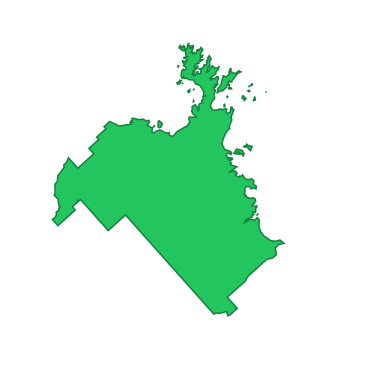 the district of West Arnhem, Northern Territory, Australia, rotated 48°
{"feature_id": "25037944B28082311396997", "entity_name": "West Arnhem", "entity_type": "district", "adm_level": 2, "iso_a3": "AUS", "parent_name": "Australia", "parent_adm1": "Northern Territory", "projection": "natural_earth1", "projection_center": [132.77, -12.357], "detail": "fine", "context": "isolated", "style": "filled", "palette": "green", "viewbox_px": 384, "rotation_deg": 48, "n_neighbors": 0, "source": "geoboundaries", "source_scale": "gbopen_adm2", "svg_char_len": 5969}
<svg xmlns="http://www.w3.org/2000/svg" viewBox="0 0 384 384"><g transform="rotate(48 192 192)"><path d="M291.8,157.9L286.6,158.7L284.3,163.2L280.5,166.1L272.6,168.0L267.1,167.4L263.0,165.8L257.5,160.5L254.6,160.6L255.2,164.8L253.3,165.0L250.8,168.2L250.0,173.3L248.6,170.4L250.9,164.4L249.9,163.2L250.0,161.4L249.4,162.1L247.8,160.6L247.9,159.2L249.1,159.5L249.5,158.2L246.6,155.2L246.4,153.4L245.6,153.2L244.2,155.5L242.3,156.5L241.8,154.9L242.6,153.3L241.5,152.7L241.5,150.9L239.7,149.7L237.3,150.4L235.4,153.3L230.8,155.2L230.6,154.0L228.3,154.5L226.7,151.6L225.3,151.5L224.1,148.5L225.9,146.2L227.3,145.5L229.0,146.1L230.8,142.9L232.6,142.6L230.9,140.3L227.4,141.2L225.1,138.6L222.1,138.8L220.5,141.9L218.1,143.6L213.0,143.0L213.7,144.1L212.1,145.8L212.6,146.7L210.2,148.2L208.3,148.3L208.4,146.0L205.4,145.7L204.8,147.2L203.9,147.1L202.1,151.5L203.3,141.7L197.6,145.2L197.0,143.3L194.2,143.4L193.5,142.4L193.4,141.5L194.6,141.5L194.7,140.0L193.7,139.4L191.3,141.5L191.4,143.1L190.2,142.1L187.6,142.3L186.9,140.2L187.6,138.7L190.2,138.2L189.2,136.1L186.0,136.9L182.7,139.4L176.0,137.5L172.3,131.1L170.1,125.2L170.2,121.5L168.0,120.2L165.2,114.2L162.5,112.8L158.8,105.7L157.4,106.4L155.5,105.5L155.0,106.3L158.2,110.1L157.2,113.6L154.5,112.5L153.9,110.7L152.0,111.7L151.3,114.3L149.2,115.2L147.7,118.7L145.5,121.3L143.9,121.8L140.1,120.6L138.4,117.3L137.5,112.3L134.8,111.0L132.1,106.5L130.1,106.8L128.8,105.5L129.9,104.4L129.1,103.9L129.4,102.3L127.7,102.9L129.1,100.6L127.0,99.5L125.1,96.0L123.8,95.5L122.8,96.8L123.1,99.7L121.7,100.4L121.3,103.0L120.4,101.9L119.5,102.5L120.2,95.2L118.9,94.0L118.4,90.3L116.6,87.5L117.0,89.6L115.6,91.8L111.7,92.5L112.4,94.5L111.7,95.8L112.9,97.3L113.3,99.9L112.9,100.8L109.9,96.2L110.2,94.3L106.6,91.5L106.1,88.7L102.3,88.0L102.8,90.7L104.3,91.3L104.2,93.3L106.6,95.2L107.0,96.6L105.6,98.0L106.9,100.2L106.5,102.7L105.0,104.9L106.8,103.1L109.7,106.3L108.6,108.9L106.6,107.2L105.9,108.2L107.6,111.4L107.1,112.8L105.3,111.1L105.7,112.7L104.8,113.1L103.6,110.7L104.0,109.8L103.0,109.9L103.7,109.3L103.1,107.7L103.9,104.9L102.7,104.2L102.5,102.7L101.5,107.2L99.8,105.5L100.3,104.3L99.7,103.3L101.0,100.8L99.8,100.8L99.5,99.8L100.8,97.4L100.8,95.5L99.7,97.2L98.8,97.3L98.0,95.4L98.6,94.1L97.4,93.8L98.0,92.8L97.5,92.4L96.7,94.7L95.3,94.0L93.4,88.7L90.6,88.6L91.7,92.6L92.2,92.3L91.3,92.9L90.4,92.1L89.8,92.8L91.6,96.2L90.6,97.6L89.7,97.1L89.8,99.0L88.6,98.3L87.4,99.5L87.3,97.5L85.6,95.9L86.2,95.2L84.2,93.0L83.6,94.0L84.4,95.2L83.9,97.5L82.3,96.4L82.5,95.3L80.9,96.8L79.6,95.1L79.3,96.4L81.6,99.0L82.1,101.0L81.3,101.7L78.9,100.1L77.7,100.3L78.5,102.4L76.7,102.3L76.5,103.9L75.2,103.0L75.5,104.4L76.4,105.1L81.0,104.2L82.4,102.4L86.4,105.1L88.5,104.6L86.6,107.9L87.6,108.5L88.0,107.3L90.1,106.6L90.8,107.3L90.2,108.8L91.4,109.5L88.2,111.1L89.8,112.3L92.2,111.7L92.1,113.8L95.6,113.1L96.9,114.1L96.1,116.4L94.8,116.4L95.0,118.3L98.2,122.3L100.9,123.2L101.5,122.0L100.9,121.2L102.6,121.6L103.3,120.1L106.6,119.0L109.7,116.1L114.5,116.9L118.2,114.8L125.5,116.2L127.5,118.6L130.6,117.1L128.5,118.9L128.4,120.2L130.8,121.6L130.5,123.7L132.6,124.4L131.4,127.1L132.3,129.1L135.7,131.7L135.6,132.8L134.0,132.9L132.7,131.3L129.1,131.3L128.6,135.0L130.0,135.6L131.6,138.2L135.3,139.1L138.3,138.2L139.1,139.0L134.4,144.0L135.6,145.5L138.5,146.8L139.8,152.6L138.9,153.5L137.2,163.1L137.9,169.2L134.2,170.8L132.7,169.1L132.6,170.1L129.6,172.3L124.5,174.2L122.7,178.3L122.7,180.6L120.7,181.8L118.1,178.6L112.7,180.7L111.5,176.5L109.8,176.2L108.8,178.2L105.1,179.7L102.6,183.1L97.8,186.3L97.3,187.7L98.6,187.7L99.1,189.1L98.4,189.8L98.8,191.4L100.0,191.3L99.6,190.4L100.4,189.8L100.6,192.3L94.1,202.0L84.5,206.0L84.5,213.6L87.3,213.6L87.4,226.1L90.6,226.1L90.6,239.4L97.9,239.4L97.9,260.9L83.9,260.9L86.0,265.5L86.1,269.2L88.1,270.5L90.1,280.7L94.0,285.0L94.6,288.8L101.6,294.8L102.4,296.7L107.7,296.3L113.0,300.1L114.8,300.0L114.9,302.0L116.2,302.9L116.2,306.8L117.8,307.4L119.2,310.2L119.0,314.2L127.3,314.2L127.3,290.8L123.0,290.8L123.0,283.5L122.0,282.3L123.0,282.1L123.0,279.9L164.6,280.1L164.6,256.8L297.4,257.5L298.5,254.4L300.7,252.8L304.0,246.1L307.8,248.3L308.8,246.2L308.8,236.2L293.8,236.2L293.9,212.2L292.1,206.9L292.1,181.5L295.0,176.2L295.0,171.0L289.3,167.7L289.1,162.6L291.8,157.9ZM134.8,89.8L136.1,89.8L136.8,88.5L136.1,87.8L134.4,78.7L135.5,75.2L133.3,76.0L133.1,80.0L132.1,81.2L128.8,82.6L126.3,80.5L125.9,80.9L127.6,84.3L129.6,85.3L129.2,89.6L126.5,91.0L131.7,98.8L132.7,104.1L134.8,106.1L135.0,107.7L135.9,103.0L137.3,101.8L137.3,97.2L136.1,94.7L137.0,93.4L138.1,93.4L137.3,92.2L134.9,92.5L134.8,89.8ZM189.9,130.2L191.4,135.1L193.7,133.4L192.7,131.1L194.6,130.4L195.1,132.1L196.9,129.7L199.5,129.8L198.3,127.5L194.2,127.0L189.9,130.2ZM116.8,169.7L120.7,173.6L122.2,173.5L123.0,172.0L121.5,168.3L117.1,168.7L116.8,169.7ZM193.0,119.4L193.7,120.4L192.5,123.8L196.2,120.3L197.4,121.2L200.3,121.0L198.4,116.8L195.4,119.0L193.0,119.4ZM101.3,127.6L100.8,130.2L102.1,130.6L103.4,129.0L102.0,125.3L100.8,126.2L101.3,127.6ZM158.8,89.5L154.9,89.5L154.4,90.2L155.8,92.1L157.6,91.2L159.0,92.0L158.8,89.5ZM163.1,81.4L165.1,85.1L166.0,83.4L163.1,81.4ZM114.2,127.6L115.6,128.1L116.0,126.7L114.5,125.1L114.2,127.6ZM140.3,93.4L138.9,95.4L140.3,95.5L141.8,93.6L140.3,93.4ZM118.0,177.8L117.9,175.1L117.4,176.4L118.0,177.8ZM249.2,171.4L250.2,170.0L250.0,169.2L248.7,170.4L249.2,171.4ZM154.2,82.8L154.9,82.6L155.3,82.8L155.5,82.7L155.9,81.7L154.6,81.5L154.2,82.8ZM148.8,110.4L150.2,111.0L150.5,110.4L148.8,109.1L148.8,110.4ZM88.8,117.9L89.6,118.8L90.0,118.5L89.3,117.5L88.8,117.9ZM152.1,77.3L152.7,75.5L151.9,74.9L151.6,75.4L152.1,77.3ZM151.5,79.7L152.2,77.7L151.6,78.9L151.5,79.7ZM116.8,121.0L117.0,123.2L117.1,121.8L116.8,121.0ZM252.3,157.9L252.6,158.8L252.9,158.0L252.3,157.9ZM145.3,102.6L145.4,101.7L144.5,101.6L144.5,102.1L145.3,102.6ZM125.1,129.6L125.7,130.6L126.0,130.0L125.1,129.6ZM167.9,69.8L166.7,70.4L167.4,70.1L167.9,69.8ZM104.7,126.5L105.2,127.0L105.0,126.3L104.7,126.5Z" fill="#22c55e" stroke="#15803d" stroke-width="1.5"/></g></svg>